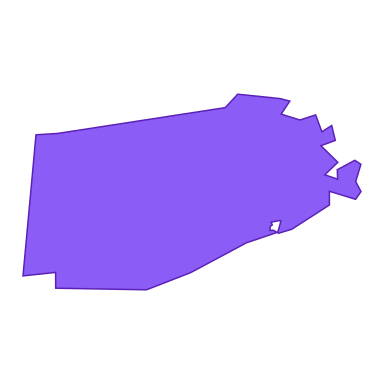 Boyle, Kentucky, United States of America (Robinson projection)
{"feature_id": "52423323B49829499016472", "entity_name": "Boyle", "entity_type": "district", "adm_level": 2, "iso_a3": "USA", "parent_name": "United States of America", "parent_adm1": "Kentucky", "projection": "robinson", "projection_center": [-84.779, 37.625], "detail": "fine", "context": "isolated", "style": "filled", "palette": "violet", "viewbox_px": 384, "rotation_deg": 0, "n_neighbors": 0, "source": "geoboundaries", "source_scale": "gbopen_adm2", "svg_char_len": 662}
<svg xmlns="http://www.w3.org/2000/svg" viewBox="0 0 384 384"><path d="M31.4,185.0L23.0,275.9L55.6,272.4L55.7,288.2L146.5,289.8L190.7,272.6L246.4,242.8L277.2,232.4L273.2,230.2L269.8,230.4L270.3,226.4L272.3,224.9L271.1,222.2L279.1,220.6L280.8,220.9L280.1,224.2L277.7,232.4L278.4,233.3L291.7,229.3L329.4,205.0L329.4,191.3L355.6,199.3L361.0,191.6L355.7,181.6L360.9,164.3L354.8,160.3L337.3,169.7L337.6,179.2L324.8,174.8L337.8,162.3L320.9,145.7L335.3,140.4L331.7,125.5L321.9,131.8L315.6,114.9L299.8,120.0L281.2,114.1L289.8,101.1L280.2,98.6L237.7,94.2L225.3,107.6L57.9,133.4L36.0,134.8L34.6,150.0L31.4,185.0Z" fill="#8b5cf6" stroke="#5b21b6" stroke-width="1.5"/></svg>